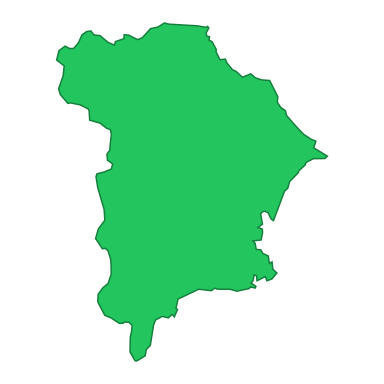 the district of Gurabo, Puerto Rico
{"feature_id": "32010507B33566817880086", "entity_name": "Gurabo", "entity_type": "district", "adm_level": 2, "iso_a3": "PRI", "parent_name": "Puerto Rico", "parent_adm1": "", "projection": "equal_earth", "projection_center": [-65.978, 18.259], "detail": "fine", "context": "isolated", "style": "filled", "palette": "green", "viewbox_px": 384, "rotation_deg": 0, "n_neighbors": 0, "source": "geoboundaries", "source_scale": "gbopen_adm2", "svg_char_len": 2094}
<svg xmlns="http://www.w3.org/2000/svg" viewBox="0 0 384 384"><path d="M269.7,80.5L261.6,79.9L255.4,77.8L250.8,73.9L242.4,77.2L235.9,71.2L232.6,69.9L226.9,62.9L225.3,59.1L220.0,59.7L216.1,52.0L216.2,49.3L212.1,41.7L209.0,40.1L209.5,36.7L206.6,36.1L206.3,32.7L208.8,28.0L207.6,26.4L206.3,27.3L197.2,25.8L169.2,24.2L164.4,23.0L157.8,27.1L150.6,28.6L142.2,37.8L137.6,39.6L128.4,35.0L124.1,34.8L124.0,38.6L115.5,41.6L114.4,45.1L108.1,42.4L100.0,35.6L93.9,34.9L91.0,31.0L86.7,31.5L82.0,34.9L78.3,43.0L73.6,48.5L69.5,48.5L65.1,46.1L59.0,50.7L56.6,60.0L64.2,65.9L63.1,75.9L58.6,88.9L60.3,94.6L67.9,103.4L70.4,102.9L80.0,104.8L88.1,108.9L89.1,110.6L89.7,120.2L100.0,123.1L106.5,128.2L110.4,129.7L111.4,134.5L110.2,144.0L109.8,150.4L108.6,151.7L106.9,154.2L107.5,160.2L112.6,163.9L111.4,169.0L104.1,172.0L97.0,173.8L96.0,176.5L97.7,187.5L104.2,209.8L104.8,220.3L98.4,228.8L95.6,238.5L102.4,248.8L105.0,248.3L107.9,250.5L110.8,259.8L111.1,265.6L111.2,274.3L108.0,283.6L103.0,287.7L98.2,294.1L97.7,301.3L98.3,303.0L104.8,315.3L111.4,318.1L119.2,323.3L122.9,323.3L124.4,322.0L129.1,322.3L132.1,325.5L131.6,331.2L130.3,337.1L130.0,351.9L135.0,360.7L136.4,361.0L137.9,360.3L145.2,355.8L146.3,349.5L150.3,345.4L153.5,325.4L155.5,320.0L162.3,316.4L168.3,317.9L172.2,314.3L174.3,316.9L177.5,309.5L176.0,308.4L178.0,299.1L198.7,289.2L211.2,290.7L214.8,288.2L217.5,289.2L230.2,289.3L236.9,291.2L249.0,288.6L250.6,287.1L255.2,288.0L255.9,286.3L251.0,283.0L253.1,280.7L254.1,274.9L256.6,275.8L257.0,280.8L265.4,276.6L266.9,280.8L271.9,279.0L276.9,273.0L272.9,269.3L272.0,261.9L269.4,263.5L268.3,256.0L262.8,253.4L260.8,249.8L256.2,249.4L255.2,243.4L252.9,240.9L261.1,240.0L262.5,232.8L262.6,232.4L262.3,229.1L257.9,227.6L262.5,224.1L260.6,213.7L262.8,211.7L264.8,211.2L268.1,212.7L271.0,218.9L273.5,220.6L284.5,191.2L287.7,188.4L289.7,181.5L298.3,172.7L298.8,170.8L305.0,165.2L306.1,162.4L313.4,158.7L324.9,158.5L327.4,156.2L313.7,147.8L315.9,141.2L311.2,139.3L303.6,134.3L295.9,126.2L286.6,115.5L285.4,110.7L280.7,107.4L277.3,102.2L277.8,96.7L269.7,80.5Z" fill="#22c55e" stroke="#15803d" stroke-width="1.5"/></svg>